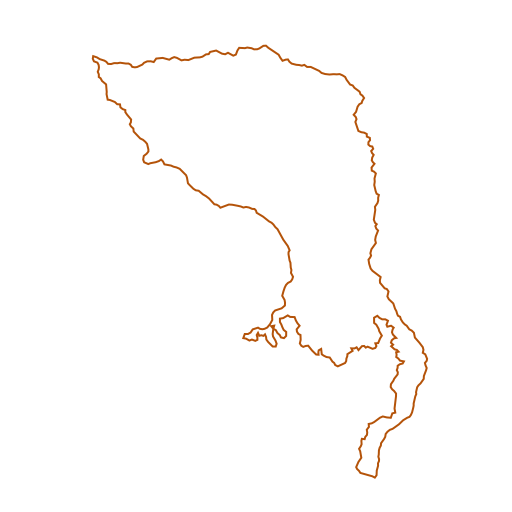 the district of Novo Jardim, Tocantins, Brazil, rotated 95°
{"feature_id": "56859067B81218887161282", "entity_name": "Novo Jardim", "entity_type": "district", "adm_level": 2, "iso_a3": "BRA", "parent_name": "Brazil", "parent_adm1": "Tocantins", "projection": "natural_earth1", "projection_center": [-46.478, -11.806], "detail": "fine", "context": "isolated", "style": "outline", "palette": "amber", "viewbox_px": 512, "rotation_deg": 95, "n_neighbors": 0, "source": "geoboundaries", "source_scale": "gbopen_adm2", "svg_char_len": 6031}
<svg xmlns="http://www.w3.org/2000/svg" viewBox="0 0 512 512"><g transform="rotate(95 256 256)"><path d="M71.1,435.6L73.7,435.8L76.2,434.4L77.2,430.8L79.4,429.4L81.7,428.9L83.8,429.0L86.3,429.7L88.7,428.4L91.4,428.2L92.5,426.3L95.1,424.6L98.1,420.3L105.6,419.0L107.7,419.0L113.2,417.4L113.3,415.2L114.9,410.0L116.9,407.5L116.8,404.7L119.7,404.0L121.3,401.6L122.0,398.9L124.1,398.7L126.4,396.8L130.9,392.3L133.8,392.3L135.7,393.2L137.7,391.9L139.7,389.3L142.7,388.7L149.0,381.6L150.1,378.7L151.9,376.2L153.8,374.3L159.2,372.5L161.3,372.3L163.7,373.9L166.1,376.5L169.9,376.8L172.4,375.6L173.8,371.3L172.8,369.4L171.3,364.1L169.9,361.0L168.2,358.9L169.9,356.9L172.7,355.2L173.3,348.6L174.2,346.0L174.7,342.9L175.8,339.6L181.6,332.7L183.9,331.6L189.5,330.1L191.3,328.1L194.5,324.2L195.8,321.7L196.0,318.8L199.3,314.1L200.7,311.1L202.8,307.8L208.1,302.0L208.3,299.7L209.4,297.4L211.0,295.7L207.1,287.5L207.0,284.2L207.6,278.3L208.0,275.4L208.8,272.8L208.0,270.2L208.3,267.2L209.4,263.9L209.3,261.6L210.7,260.0L212.9,259.1L216.1,252.5L220.4,246.0L221.5,243.4L223.1,241.4L225.5,239.3L227.4,236.9L237.3,230.3L243.3,225.2L247.4,223.0L249.3,223.9L251.3,223.8L257.7,222.1L259.7,221.1L264.4,220.4L266.9,219.5L269.8,219.7L273.5,217.3L276.1,217.9L278.4,219.2L280.0,221.8L282.1,223.5L284.8,224.6L288.9,225.6L293.4,226.4L297.3,223.7L300.0,223.0L302.8,222.9L305.9,225.9L308.6,232.2L310.7,233.9L313.3,234.9L318.3,234.2L322.7,236.1L326.3,238.6L327.8,241.1L328.4,243.3L328.2,245.8L327.2,247.7L329.4,252.9L332.7,254.7L334.4,257.2L334.7,260.4L338.9,261.5L339.2,258.7L340.8,255.2L339.6,252.8L340.6,249.3L339.4,247.3L337.1,247.5L334.7,248.4L332.4,247.3L335.2,245.8L334.5,243.8L334.9,241.6L333.3,240.2L335.8,238.9L338.3,238.4L340.6,236.4L344.7,231.5L344.5,228.5L341.6,227.8L338.6,229.2L334.7,232.0L332.3,232.6L327.0,232.4L328.1,229.8L330.9,227.9L332.7,225.4L334.9,224.1L335.4,221.0L333.0,219.0L329.0,219.3L327.2,222.0L324.5,223.6L322.0,224.8L319.7,226.4L316.3,226.7L315.5,223.5L312.4,219.2L313.7,216.7L313.5,212.2L316.7,210.7L319.4,208.8L321.7,206.5L325.5,209.1L327.8,208.6L330.0,206.9L330.8,204.8L335.7,204.2L339.3,204.7L341.5,203.0L342.4,201.0L341.3,198.7L340.8,196.2L345.3,191.9L348.9,187.5L348.9,185.1L346.3,185.5L344.5,185.3L342.9,183.0L348.2,181.9L349.3,180.0L350.5,177.0L350.7,173.7L354.6,170.6L355.7,168.8L357.7,167.6L358.8,164.9L354.8,157.9L352.8,157.0L350.3,157.0L347.8,156.3L345.8,156.4L342.1,151.5L339.7,153.0L339.5,149.8L338.2,147.8L340.8,145.7L336.6,142.6L336.2,140.4L337.7,138.7L336.6,136.9L338.3,131.8L337.2,129.1L335.2,128.2L332.6,129.5L332.1,126.7L327.3,125.2L324.4,123.7L320.1,126.7L317.8,127.5L313.9,130.2L312.4,132.5L307.2,133.0L305.0,129.9L306.9,127.6L308.1,124.7L307.8,121.7L309.0,118.9L313.1,120.0L315.0,119.0L313.7,115.4L315.4,112.6L317.3,113.5L320.1,113.9L322.3,112.8L325.4,109.2L326.0,111.3L328.1,113.4L330.6,114.0L332.4,111.7L334.1,113.5L336.9,109.8L337.3,107.5L338.9,105.7L339.7,108.0L342.2,107.3L344.4,107.5L345.7,105.3L347.7,103.4L348.1,99.5L350.3,100.5L351.3,103.3L353.0,105.3L355.2,105.2L357.4,105.8L359.4,104.6L361.6,104.6L366.2,107.6L368.3,108.3L371.9,110.4L374.8,110.4L376.9,108.8L378.4,106.7L380.8,104.5L383.5,104.3L395.9,104.7L399.9,103.6L400.9,106.5L405.4,107.6L405.4,111.7L404.8,115.7L406.3,118.4L411.1,123.8L412.6,126.1L413.5,129.1L416.4,128.6L419.4,130.5L422.1,129.8L424.6,129.9L426.7,131.4L429.0,131.8L428.9,134.6L431.0,134.9L434.3,134.4L436.3,135.0L439.1,136.5L441.4,135.2L447.8,133.5L452.2,136.0L457.6,137.8L459.4,136.7L461.0,134.7L463.0,133.1L465.3,120.9L466.4,118.3L463.9,116.8L459.2,117.0L454.3,116.1L451.9,116.4L449.5,115.6L447.6,115.7L445.3,116.6L443.1,116.4L438.8,116.6L436.2,116.1L434.0,115.1L431.6,115.1L427.2,112.5L424.9,111.5L422.0,111.3L419.6,109.7L417.5,107.5L416.3,104.9L414.8,103.1L411.2,98.9L406.8,95.1L403.9,91.2L402.9,89.1L401.0,87.9L398.2,86.9L393.9,86.2L391.4,85.9L389.2,86.1L382.0,85.1L379.6,84.3L377.7,84.7L372.7,84.0L370.7,82.9L368.6,81.0L363.8,78.2L360.9,78.3L355.0,76.6L352.7,76.2L350.3,77.5L347.8,78.4L345.5,76.8L343.5,76.6L339.2,78.8L337.9,81.4L334.9,81.0L332.3,81.9L328.1,85.7L323.4,90.6L318.7,92.0L316.7,94.4L315.7,96.9L312.3,99.8L311.2,101.8L309.3,104.0L306.5,106.1L304.0,107.2L303.1,109.4L301.2,110.4L298.8,111.3L296.4,112.9L291.3,115.1L287.5,119.9L284.9,121.6L279.8,120.9L277.5,122.8L277.0,125.0L271.9,130.1L269.3,130.5L266.1,130.0L260.6,138.7L258.5,140.7L253.9,142.6L249.8,143.6L247.8,142.3L245.6,141.4L243.3,142.3L239.2,141.6L232.6,137.7L229.6,138.7L226.1,138.4L220.0,136.6L218.2,138.6L215.8,139.7L213.8,138.5L212.6,140.3L209.6,141.8L199.7,141.2L196.6,141.8L192.7,139.6L190.2,139.1L187.3,139.4L184.5,138.9L183.4,141.3L180.8,142.5L175.0,144.4L171.7,144.2L168.4,144.7L163.3,143.8L161.6,145.9L160.9,148.1L157.8,148.6L153.8,146.0L152.3,147.8L150.6,149.0L147.8,148.8L145.0,147.6L143.3,149.4L141.4,150.4L139.0,148.6L136.8,149.7L136.6,151.9L135.2,153.8L132.8,153.9L130.7,152.5L128.4,152.9L127.4,156.0L124.8,156.3L123.7,159.0L123.5,161.9L122.5,164.9L113.8,168.7L110.9,167.8L108.9,168.7L106.8,171.0L103.7,168.9L98.4,167.8L95.8,166.3L94.4,164.1L92.1,163.6L89.2,162.1L86.9,164.0L85.8,166.0L83.3,167.1L79.9,172.6L77.7,174.5L77.0,177.2L72.6,181.1L69.9,182.8L68.5,185.5L67.5,188.5L68.0,191.4L68.1,194.6L68.8,198.6L68.7,203.0L67.9,206.7L66.1,209.2L62.9,217.9L63.2,221.6L61.4,224.5L62.4,226.9L62.0,229.5L62.0,232.6L61.2,237.3L59.5,239.7L57.4,241.3L57.8,243.5L59.2,246.6L56.3,249.1L53.5,251.0L47.5,261.9L45.6,264.4L46.0,267.0L48.9,270.7L49.9,272.7L50.3,275.9L49.4,278.5L49.1,282.9L49.9,285.1L50.1,290.9L52.9,292.4L57.1,293.6L58.4,296.1L56.0,301.6L57.7,304.3L57.4,307.5L54.8,313.6L56.7,319.5L59.0,320.7L59.5,323.4L62.1,326.7L63.0,329.2L63.8,334.7L66.7,340.4L66.7,344.2L67.6,347.3L65.5,352.1L65.0,354.8L66.2,357.1L68.0,359.5L66.8,366.2L68.0,372.6L71.7,374.8L71.2,377.8L71.6,381.4L73.3,384.4L75.2,385.9L76.6,388.3L78.1,390.9L78.6,393.1L78.4,395.8L76.4,397.4L75.4,399.7L75.6,402.6L75.3,408.2L76.0,410.8L76.2,414.1L77.4,417.1L77.5,420.1L75.6,422.0L74.6,424.0L73.5,428.8L72.0,431.8L71.1,435.6ZM327.0,232.4L324.6,234.7L323.8,231.8L327.0,232.4Z" fill="none" stroke="#b45309" stroke-width="2"/></g></svg>